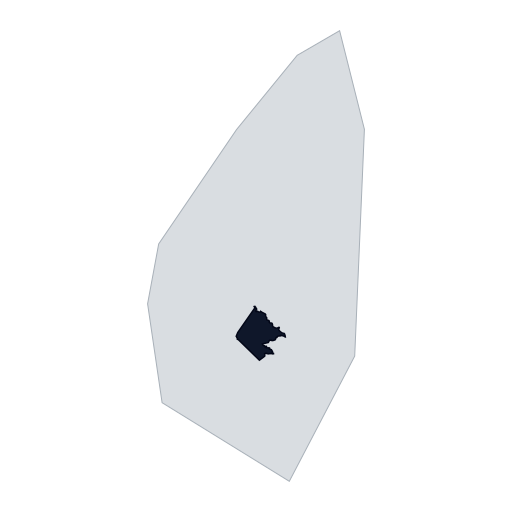 Six Miles/Descatier, Soufrière, Saint Lucia (highlighted)
{"feature_id": "8701671B56645509731346", "entity_name": "Six Miles/Descatier", "entity_type": "district", "adm_level": 2, "iso_a3": "LCA", "parent_name": "Saint Lucia", "parent_adm1": "Soufrière", "projection": "albers", "projection_center": [-60.969, 13.841], "detail": "fine", "context": "in_parent", "style": "filled", "palette": "ink", "viewbox_px": 512, "rotation_deg": 0, "n_neighbors": 0, "source": "geoboundaries", "source_scale": "gbopen_adm2", "svg_char_len": 4632}
<svg xmlns="http://www.w3.org/2000/svg" viewBox="0 0 512 512"><path d="M354.7,356.1L289.3,481.3L162.1,402.7L147.6,303.8L158.7,243.9L236.6,129.5L297.2,55.3L339.6,30.7L364.4,129.3L354.7,356.1Z" fill="#d9dde1" stroke="#a8b0b8" stroke-width="1"/><path d="M236.2,336.3L236.6,336.9L236.8,337.4L236.9,337.6L237.2,337.6L237.4,338.1L237.5,338.3L237.3,338.7L237.3,339.2L238.4,339.7L259.4,360.2L264.7,356.2L264.8,355.3L264.8,354.8L264.7,354.1L264.6,353.8L264.8,353.8L264.9,353.6L265.1,353.4L265.4,353.3L266.2,353.3L266.4,353.5L266.6,353.5L266.8,353.4L267.1,353.5L267.3,353.6L267.7,353.8L268.0,353.8L268.3,353.9L268.9,353.7L269.3,353.6L269.6,353.7L270.0,353.7L270.3,353.7L270.7,353.4L270.9,353.4L271.1,353.5L271.3,353.6L271.7,353.6L272.0,353.8L272.4,353.9L272.6,353.8L273.5,353.8L273.5,353.4L273.4,353.3L273.4,353.2L273.1,353.1L272.9,353.0L272.6,352.9L272.2,352.7L272.0,352.4L272.0,352.2L272.3,351.8L272.4,351.7L272.5,351.4L272.4,351.2L272.0,350.8L271.8,350.6L271.7,350.4L271.5,350.0L271.4,349.8L271.4,349.7L270.6,349.4L270.3,349.4L270.1,349.3L269.9,349.3L269.6,349.3L269.4,349.2L269.3,348.8L269.4,348.7L269.5,348.6L269.7,348.4L269.7,348.2L269.4,348.0L269.3,347.9L269.2,347.9L268.9,347.9L268.1,347.8L267.6,347.8L267.2,347.8L266.9,347.8L266.8,347.7L266.6,347.7L266.3,347.7L266.2,347.7L266.2,347.4L266.4,347.2L266.5,346.7L266.5,346.4L266.4,346.3L266.2,346.3L266.0,346.5L265.9,346.9L265.6,347.0L265.4,347.0L265.2,346.9L264.9,346.9L264.7,346.8L264.6,346.6L264.5,346.4L264.4,346.3L264.4,346.2L264.5,346.1L264.6,345.9L264.4,345.8L264.3,345.7L264.0,345.7L263.7,345.6L263.4,345.5L263.3,345.4L263.2,345.4L263.0,345.2L262.8,344.8L262.6,344.5L262.5,344.1L262.4,343.9L268.3,342.5L269.5,340.3L269.9,340.3L270.4,340.3L270.6,340.3L271.0,340.2L271.3,340.2L271.4,340.4L271.6,340.5L272.0,340.6L272.6,340.6L273.1,340.5L273.5,340.4L273.8,340.3L273.9,340.2L274.4,340.1L274.7,340.0L274.9,340.0L275.0,339.8L275.1,339.6L275.3,339.4L275.5,339.2L275.7,338.8L275.7,338.7L275.6,338.4L275.8,338.1L276.0,337.9L276.0,337.6L276.2,337.4L276.3,337.4L276.6,337.5L276.8,337.5L276.9,337.4L277.0,337.3L277.1,337.1L277.3,336.9L277.4,336.6L277.5,336.5L277.8,336.3L278.6,336.0L278.9,335.9L279.0,335.8L279.3,335.8L279.6,336.0L279.8,336.0L279.9,335.9L280.4,335.9L280.5,335.8L280.4,335.7L280.4,335.4L280.6,335.3L280.8,335.3L280.9,335.2L281.0,335.2L281.3,335.3L281.4,335.5L281.5,335.6L281.9,335.7L282.6,335.7L282.8,335.7L282.9,335.8L283.1,335.8L283.6,336.1L283.9,336.1L284.1,336.1L284.3,336.1L284.5,336.5L284.8,336.8L285.0,336.8L285.3,336.9L285.2,336.0L285.1,335.7L285.0,335.3L284.9,335.2L284.8,334.8L284.8,334.7L284.7,334.6L284.7,334.3L284.5,334.0L284.5,333.9L284.4,333.7L284.2,333.5L284.1,333.4L283.7,333.3L283.4,333.3L283.2,333.3L282.8,333.3L282.7,333.2L282.3,333.0L281.8,332.7L281.5,332.6L281.3,332.4L280.4,331.7L280.2,331.6L279.6,330.9L279.1,330.3L278.9,330.0L278.8,329.9L278.7,329.8L278.7,329.6L278.7,329.3L278.7,329.1L278.8,328.9L278.9,328.6L279.0,328.3L279.3,327.8L279.3,327.7L279.2,327.4L278.9,327.3L278.7,327.4L278.3,327.6L278.1,327.7L278.0,327.8L277.9,327.8L277.6,328.0L277.1,328.0L276.7,328.1L276.1,328.2L275.9,328.2L275.6,328.1L275.4,328.0L275.3,327.9L275.2,327.8L275.1,327.7L274.7,327.6L274.4,327.5L274.2,327.4L274.0,327.2L273.8,327.1L273.7,327.1L273.4,327.0L273.2,327.0L273.2,326.9L273.1,326.7L272.9,326.5L272.8,326.3L272.7,326.1L272.6,325.9L272.6,325.5L272.5,325.1L272.5,324.9L272.5,324.5L272.4,324.2L272.3,323.9L272.2,323.7L272.1,323.4L271.9,323.2L271.7,323.1L271.3,323.1L271.0,323.0L270.5,323.0L269.7,322.8L269.6,322.7L269.4,322.5L269.3,322.3L269.3,322.0L269.3,321.7L269.3,321.2L269.2,321.0L269.1,320.9L269.0,320.7L268.9,320.6L268.7,320.5L268.2,320.3L267.5,320.2L267.3,320.1L267.2,320.0L266.8,319.7L266.7,319.6L266.7,319.3L266.7,319.1L266.7,318.7L266.7,318.4L266.7,317.9L266.7,317.7L266.3,317.3L265.9,316.7L265.7,316.2L265.6,315.7L265.6,315.2L265.7,314.7L265.5,314.3L265.2,314.0L265.1,313.9L264.9,313.7L264.7,313.6L264.2,313.5L264.1,313.4L263.2,312.9L262.4,312.5L262.0,312.3L261.5,311.9L261.3,311.8L261.1,311.8L261.0,311.7L261.0,311.8L260.6,311.8L260.4,311.8L260.2,311.8L259.5,312.2L259.3,312.2L259.2,312.2L258.7,312.0L258.5,311.9L258.3,311.8L257.6,311.2L257.4,311.2L257.0,311.3L256.7,311.5L256.4,311.6L256.1,311.6L255.8,311.4L255.7,311.3L255.7,311.1L255.7,310.9L255.9,310.5L256.2,309.9L256.6,309.3L256.7,309.1L256.6,308.9L256.5,308.7L256.1,308.6L255.8,308.4L255.6,308.3L255.6,308.2L255.8,307.9L255.9,307.7L255.8,307.4L255.6,307.2L255.2,307.2L255.0,306.9L255.1,306.7L255.0,306.4L254.9,306.4L254.7,306.4L254.4,306.4L254.2,306.4L254.1,306.5L254.6,307.3L254.8,307.6L254.8,308.0L237.9,332.3L237.9,332.2L236.2,336.3Z" fill="#0f172a" stroke="#020617" stroke-width="1.5"/></svg>